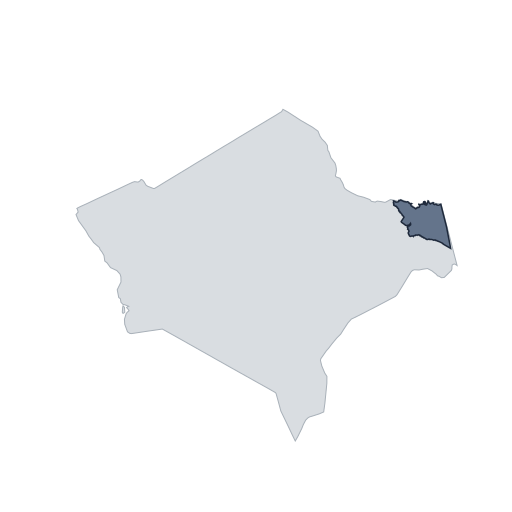 Turkana West, Rift Valley, Kenya (highlighted), rotated 120°
{"feature_id": "3690345B77554234988908", "entity_name": "Turkana West", "entity_type": "district", "adm_level": 2, "iso_a3": "KEN", "parent_name": "Kenya", "parent_adm1": "Rift Valley", "projection": "albers", "projection_center": [34.901, 4.052], "detail": "fine", "context": "in_parent", "style": "filled", "palette": "slate", "viewbox_px": 512, "rotation_deg": 120, "n_neighbors": 0, "source": "geoboundaries", "source_scale": "gbopen_adm2", "svg_char_len": 7783}
<svg xmlns="http://www.w3.org/2000/svg" viewBox="0 0 512 512"><g transform="rotate(120 256 256)"><path d="M115.5,306.0L115.4,300.0L116.2,284.8L116.2,271.4L116.9,264.7L120.3,260.4L121.8,257.3L122.9,253.0L124.6,249.5L128.6,246.6L129.3,245.0L133.5,240.2L136.0,234.1L137.9,232.0L140.2,230.1L141.9,229.0L144.7,228.0L146.8,227.4L147.2,226.9L147.4,225.9L146.7,222.1L147.6,220.9L149.0,218.3L150.7,215.9L152.2,214.4L153.1,212.9L153.5,210.2L153.5,208.3L153.5,205.2L153.0,198.1L151.3,192.2L150.2,185.6L151.0,183.4L149.6,179.5L148.9,179.3L147.8,178.4L146.3,174.8L145.2,171.4L144.5,170.6L139.8,167.7L137.5,160.8L134.8,159.3L133.4,152.4L133.1,150.5L134.6,143.6L134.5,142.1L132.9,140.6L128.5,139.1L124.9,136.3L125.4,135.3L125.6,134.3L123.7,133.6L118.3,121.9L125.3,114.9L132.5,107.8L141.6,98.8L150.0,90.6L157.3,83.4L163.7,77.1L163.6,78.3L163.6,79.9L164.4,80.9L165.7,81.6L167.6,80.8L169.2,79.9L170.8,79.6L180.5,82.3L182.1,84.6L182.0,87.1L182.4,88.9L181.7,90.7L180.9,96.2L181.1,101.2L184.0,104.9L186.6,107.8L188.7,111.9L190.2,113.2L192.4,113.8L199.0,114.0L208.9,114.2L218.5,114.5L219.3,114.6L221.3,115.1L230.1,120.6L238.2,125.7L245.0,130.1L251.6,134.3L258.0,138.5L263.0,141.9L267.9,142.9L275.9,143.4L281.4,143.6L286.5,145.0L294.1,146.3L299.7,147.0L303.1,147.7L312.6,148.5L314.2,148.0L318.3,144.1L323.0,137.9L324.8,134.4L330.8,131.0L341.4,126.2L348.9,122.8L357.2,119.4L361.0,122.2L366.2,126.9L368.6,129.2L370.5,130.2L373.3,130.9L376.8,130.8L378.6,130.7L382.5,130.1L391.5,129.5L396.6,129.5L392.4,135.7L387.2,143.2L377.8,157.0L370.5,164.3L365.1,169.8L364.6,170.8L364.6,176.8L364.8,191.7L365.2,221.4L365.5,251.1L365.8,280.8L366.0,295.6L366.1,300.6L371.0,306.8L375.7,312.8L382.1,320.8L385.5,325.1L386.1,326.6L385.9,329.4L380.8,335.5L376.6,338.3L370.9,339.6L369.2,339.4L366.9,338.6L366.1,340.0L365.4,342.3L364.2,341.8L363.2,341.1L363.8,345.1L364.4,347.1L363.6,349.8L360.8,352.1L360.6,354.1L354.6,359.3L346.1,359.9L341.7,362.5L339.7,364.6L338.2,369.2L338.8,376.2L336.4,381.6L336.0,384.4L331.6,387.9L329.7,391.1L328.3,394.4L327.0,395.8L325.6,403.2L323.6,407.6L323.0,409.1L322.5,410.4L321.0,413.0L319.9,414.8L319.2,416.0L314.1,427.4L310.1,432.6L306.9,432.0L304.8,434.0L304.5,434.9L303.4,434.4L300.7,432.6L295.3,428.7L289.8,424.9L284.3,421.1L278.8,417.2L273.4,413.4L267.9,409.5L262.4,405.7L256.9,401.9L253.7,399.6L252.3,398.3L251.2,395.6L250.7,394.9L249.2,394.1L247.5,393.9L247.0,393.4L247.0,392.1L247.6,390.3L249.6,386.7L249.8,384.6L249.4,382.3L248.8,378.5L248.2,377.6L244.6,375.6L237.0,371.5L229.4,367.3L221.9,363.2L214.3,359.0L206.7,354.9L199.1,350.7L191.6,346.5L184.0,342.4L176.4,338.2L168.9,334.0L161.3,329.9L153.8,325.7L146.2,321.5L138.7,317.3L131.1,313.1L123.6,308.9L120.7,307.4L118.2,306.0L115.5,306.0ZM366.9,345.9L365.6,346.2L366.3,344.2L370.2,341.6L371.8,342.1L372.1,342.7L372.0,343.2L371.3,343.8L366.9,345.9Z" fill="#d9dde1" stroke="#a8b0b8" stroke-width="1"/><path d="M153.6,147.5L153.9,147.1L154.1,146.7L154.1,146.4L154.3,144.3L154.5,142.4L154.7,142.0L154.6,141.8L154.6,141.6L154.5,141.2L154.4,140.9L154.1,140.6L154.0,140.3L153.8,140.2L153.7,140.0L153.5,139.9L153.4,139.6L153.1,139.5L152.7,139.0L152.3,138.8L152.1,138.8L151.9,138.8L151.6,138.7L151.4,138.7L151.2,138.6L151.0,138.4L150.6,138.4L150.8,138.2L151.4,137.8L151.7,137.7L151.8,137.7L152.0,137.8L152.4,137.9L152.7,138.1L152.8,138.2L153.0,138.2L153.3,138.3L153.5,138.5L153.7,138.9L154.0,139.2L154.5,139.4L154.9,139.3L155.2,139.4L155.3,139.2L155.4,139.3L155.6,139.1L155.6,138.8L155.7,138.7L155.9,138.7L156.1,138.5L156.1,138.4L156.4,138.1L156.6,138.1L156.8,138.0L157.0,138.0L157.0,137.9L156.9,137.7L157.1,137.4L157.2,136.9L157.5,136.6L157.9,136.0L158.0,135.9L158.3,135.8L158.7,135.9L158.9,135.9L159.1,135.9L159.4,135.9L159.7,135.7L159.8,135.7L160.1,135.6L160.6,135.0L160.7,134.9L160.8,134.6L161.0,134.4L161.0,134.2L161.3,133.8L161.7,133.5L161.7,133.3L161.8,133.1L161.9,132.9L161.9,132.7L161.9,132.3L161.8,132.1L161.7,131.8L161.3,131.6L160.9,131.2L160.7,130.8L160.7,130.7L160.5,130.4L160.3,130.3L160.2,130.0L160.0,129.9L159.9,129.8L159.8,129.5L159.9,129.4L159.7,129.4L159.4,129.2L158.8,128.7L158.7,128.5L158.5,128.4L158.4,128.4L158.4,128.2L158.2,128.2L157.9,128.1L157.7,127.7L157.6,127.4L157.5,127.1L157.5,126.9L157.4,126.9L157.2,126.6L156.8,126.4L156.7,126.2L156.5,125.9L156.4,125.8L156.4,125.7L156.4,125.4L156.3,125.5L156.2,125.5L156.2,125.4L156.2,125.2L156.1,124.9L156.0,124.7L156.3,124.5L156.2,124.4L156.2,124.2L156.3,123.8L156.3,123.7L156.2,123.7L156.3,123.2L156.2,123.0L156.4,122.7L156.2,122.5L156.4,122.2L156.3,121.9L156.2,121.9L156.2,121.6L156.3,121.6L156.2,121.4L156.3,121.2L156.4,120.9L156.4,120.6L156.3,120.4L156.2,120.3L156.3,120.1L156.2,120.1L156.1,119.7L156.2,119.4L156.2,119.1L156.1,118.7L156.2,118.3L156.3,118.0L156.3,117.9L156.3,117.5L156.2,117.4L156.3,117.1L156.2,116.9L156.2,116.6L156.3,116.5L156.3,116.3L156.1,115.9L155.8,115.5L155.7,115.5L155.5,115.3L155.3,115.2L155.1,114.9L154.9,114.7L155.0,114.5L155.0,114.4L154.8,114.3L154.8,114.2L154.7,114.0L154.8,113.7L154.7,113.5L154.6,113.3L154.4,113.1L154.2,112.9L154.1,112.7L153.9,112.2L153.8,111.9L153.7,111.7L153.7,111.3L153.6,111.1L153.5,110.7L153.5,110.4L153.5,110.1L153.4,110.0L153.4,109.9L153.3,109.7L153.1,109.7L152.9,109.4L152.5,108.9L152.5,108.7L152.6,108.4L152.5,108.1L152.7,107.9L152.7,107.7L152.4,107.4L152.2,107.1L152.3,106.7L152.3,106.0L152.1,105.7L152.2,105.4L152.0,104.7L151.9,104.2L151.9,103.5L151.8,102.4L151.7,101.9L151.7,101.4L151.9,101.0L151.8,100.8L151.8,100.5L151.8,100.3L152.1,99.9L152.0,99.5L152.1,99.0L152.1,91.3L149.1,93.8L143.8,98.4L140.0,101.7L135.8,105.3L124.1,116.7L118.8,121.8L120.5,123.1L120.8,123.4L121.4,124.7L120.9,125.4L121.3,126.4L121.9,126.7L122.3,127.3L122.3,128.0L122.2,128.4L121.2,128.7L121.2,129.4L121.9,129.6L122.8,130.5L123.8,131.1L123.6,132.0L123.3,133.1L123.1,133.3L122.4,133.7L122.3,133.8L122.2,134.6L122.4,134.6L122.9,134.3L123.6,134.2L124.3,134.3L125.0,134.3L125.0,134.1L125.3,133.9L126.2,133.8L126.4,133.8L126.7,133.9L127.0,135.0L127.0,135.7L126.7,135.6L125.4,135.7L125.1,136.0L124.9,136.4L124.6,136.5L124.8,136.9L125.1,136.7L125.3,136.8L125.8,137.0L125.7,137.1L125.8,137.4L124.9,137.6L125.2,137.9L125.8,137.8L126.9,137.3L127.1,137.4L127.0,137.7L127.3,137.4L127.5,137.3L128.2,138.0L128.5,138.6L129.0,139.1L129.9,139.9L129.8,140.6L129.7,140.8L129.9,140.8L130.3,139.6L130.5,139.3L130.9,139.2L131.6,139.0L132.1,139.1L132.4,139.2L133.0,139.9L133.2,140.1L133.3,140.6L134.0,140.7L135.1,141.1L135.4,141.4L135.1,143.4L135.2,144.5L135.0,146.7L134.8,147.0L134.4,147.4L134.0,147.7L133.0,147.7L132.9,147.6L132.9,148.0L133.4,148.4L133.8,149.1L133.8,149.7L133.6,150.2L133.5,150.3L133.2,150.4L133.2,151.7L133.2,151.9L133.6,152.2L134.1,152.8L134.5,154.2L134.9,155.0L135.0,156.9L135.2,157.9L135.1,158.5L135.3,158.8L135.7,158.9L136.1,159.2L136.3,159.5L136.5,160.0L137.1,159.7L138.0,160.0L138.3,160.2L138.8,161.0L139.3,161.5L139.4,162.2L139.3,163.1L139.4,164.3L139.5,164.5L139.6,164.4L139.7,164.2L139.9,164.1L140.2,163.7L140.4,163.7L140.6,163.8L140.9,163.8L141.0,163.8L141.4,163.5L141.5,163.3L141.6,163.0L141.9,162.8L142.1,162.7L142.4,162.6L142.5,162.3L142.6,162.2L143.0,162.2L143.2,161.9L143.1,161.5L143.1,161.2L143.0,160.9L143.1,160.6L143.1,160.4L143.2,160.2L143.1,159.7L142.9,159.6L143.0,159.4L142.9,159.1L142.9,158.9L142.9,158.7L143.4,158.3L143.4,158.1L143.4,157.8L143.6,157.7L143.8,157.3L143.8,156.8L143.7,156.6L143.9,156.2L144.0,156.1L144.3,155.9L144.5,155.8L144.8,155.4L145.3,155.2L145.5,155.0L145.6,154.9L145.5,154.7L145.4,154.3L145.4,154.2L145.5,153.9L145.7,153.5L146.0,153.5L146.0,153.4L146.0,153.2L146.3,153.0L146.4,152.9L146.4,152.5L146.3,152.1L146.5,151.8L146.5,151.6L146.7,151.3L146.7,151.0L146.9,150.7L147.0,150.3L147.2,150.0L147.6,149.7L147.5,149.3L147.5,149.2L147.8,148.9L147.8,148.4L147.9,148.2L148.0,148.0L148.1,147.7L148.3,147.3L148.5,147.2L153.4,147.5L153.6,147.5Z" fill="#64748b" stroke="#1e293b" stroke-width="1.5"/></g></svg>